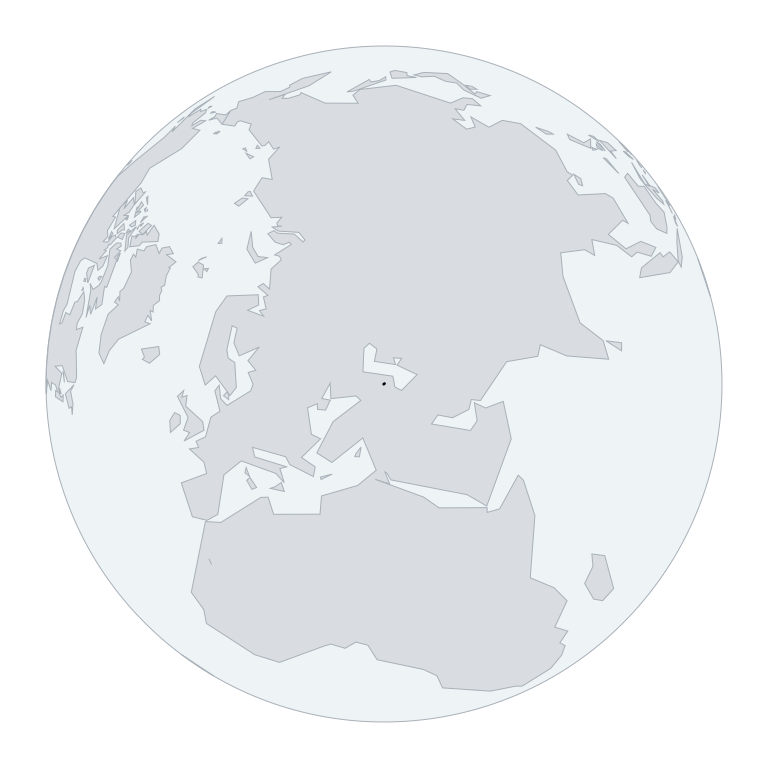 Göyçay on an orthographic globe, rotated 311°
{"feature_id": "AZE-1703", "entity_name": "Göyçay", "entity_type": "District", "adm_level": 1, "iso_a3": "AZE", "parent_name": "Azerbaijan", "parent_adm1": "", "projection": "orthographic", "projection_center": [47.787, 40.558], "detail": "fine", "context": "on_globe", "style": "filled", "palette": "ink", "viewbox_px": 768, "rotation_deg": 311, "n_neighbors": 0, "source": "natural_earth", "source_scale": "10m", "svg_char_len": 10974}
<svg xmlns="http://www.w3.org/2000/svg" viewBox="0 0 768 768"><g transform="rotate(311 384 384)"><circle cx="384" cy="384" r="338" fill="#eef3f6" stroke="#a8b0b8"/><path d="M348.5,48.0L359.3,47.1L366.2,46.7L389.8,50.0L426.3,56.4L441.8,57.4L435.3,58.7L467.5,60.9L489.9,67.5L462.0,61.0L457.3,61.2L471.2,65.5L469.3,66.8L474.9,70.0L471.4,71.4L455.4,68.4L452.8,69.5L462.8,72.7L465.6,76.7L451.3,71.8L454.7,78.6L428.6,76.8L393.1,65.6L376.0,68.8L332.5,69.4L333.9,71.8L318.3,74.7L314.0,78.9L307.2,78.6L309.7,82.3L316.8,81.9L320.2,83.5L318.4,86.2L309.3,86.0L308.9,84.7L305.3,86.0L301.6,84.9L302.4,87.0L291.6,87.0L299.4,91.1L288.5,94.5L282.1,93.5L286.6,88.2L282.9,75.4L277.8,74.2L266.2,76.9L236.2,92.5L229.0,93.9L216.5,99.7L218.6,100.9L229.2,97.0L230.1,101.5L242.9,97.0L245.2,98.5L256.8,96.8L250.9,103.1L238.8,110.4L228.8,112.5L223.2,116.1L229.3,119.5L207.5,129.5L187.5,147.5L182.3,149.9L178.3,143.6L186.8,129.1L181.6,124.1L180.6,133.9L167.7,141.0L163.8,145.3L162.0,149.1L165.2,149.2L159.9,153.4L158.8,144.5L163.6,140.5L163.9,143.1L167.8,136.7L167.0,132.2L160.5,137.0L166.1,127.6L161.5,131.1L160.2,131.6L167.1,126.3L154.8,136.0L156.4,134.2L174.5,118.8L193.7,104.8L213.8,92.1L234.8,80.8L256.5,71.1L278.8,62.9L301.6,56.3L324.9,51.3L348.5,48.0ZM46.9,408.1L50.1,435.0L52.0,447.2L46.9,408.1ZM361.2,46.9L369.6,46.5L359.7,47.0L353.7,47.4L361.2,46.9ZM387.6,47.1L382.4,47.2L380.3,46.5L383.9,46.6L387.6,47.1ZM453.4,58.3L445.7,56.5L453.9,58.0L453.4,58.3ZM476.3,70.2L479.1,70.4L480.9,72.0L476.3,70.2ZM259.3,93.6L258.1,95.2L256.5,94.6L259.3,93.6ZM265.5,91.6L264.6,89.9L267.5,88.7L267.9,89.7L265.5,91.6ZM477.1,75.9L479.0,78.8L474.3,75.3L477.1,75.9ZM266.0,94.1L272.6,86.8L277.6,84.9L283.6,87.6L266.0,94.1ZM478.3,80.2L483.2,88.0L489.9,88.9L473.8,91.4L475.0,83.4L468.1,78.7L474.9,80.9L478.3,80.2ZM319.8,80.7L312.2,81.2L320.3,78.4L319.8,80.7ZM324.1,78.5L343.9,69.0L354.3,70.0L345.5,72.7L360.3,72.7L355.6,77.8L346.4,79.0L340.7,77.1L343.3,80.6L324.1,78.5ZM464.2,91.9L463.0,93.6L461.2,91.3L464.2,91.9ZM322.3,84.0L325.3,81.8L334.5,82.4L330.0,87.1L328.5,85.3L322.3,84.0ZM366.5,70.4L372.5,72.0L370.3,76.5L372.4,77.9L356.4,78.0L366.5,70.4ZM325.5,86.5L327.5,89.5L321.5,91.8L319.9,86.3L325.5,86.5ZM338.8,80.7L342.9,81.3L339.2,82.4L338.8,80.7ZM301.3,102.4L304.8,99.1L309.9,99.1L301.3,102.4ZM328.7,90.5L330.7,89.8L333.1,89.5L333.2,92.0L328.7,90.5ZM356.0,81.4L353.8,83.1L362.4,81.5L361.2,85.2L350.7,84.8L354.7,86.5L354.3,87.7L346.2,86.2L356.0,81.4ZM340.4,93.9L326.7,95.4L319.1,101.1L314.4,101.2L327.4,92.0L340.4,93.9ZM344.5,89.4L340.9,92.1L336.9,90.6L336.8,87.8L344.5,89.4ZM364.1,88.0L368.7,82.4L370.8,82.7L364.1,88.0ZM339.0,95.8L342.4,95.5L339.0,96.4L339.0,95.8ZM357.3,90.6L358.6,88.5L361.0,88.9L357.3,90.6ZM347.9,96.8L343.5,97.1L343.3,95.1L347.9,96.8ZM352.9,94.2L355.8,95.3L345.9,94.2L353.1,93.1L352.9,94.2ZM359.3,91.4L361.1,90.9L358.4,92.2L359.3,91.4ZM351.1,104.6L338.7,103.7L338.4,99.0L350.5,100.5L351.1,104.6ZM94.9,464.1L86.8,407.1L95.5,396.0L100.4,375.2L163.0,339.5L172.5,351.7L217.6,365.4L222.6,370.8L213.2,386.2L243.8,421.1L258.5,410.3L290.2,430.7L313.8,434.7L329.4,403.4L290.6,396.2L287.9,378.5L322.1,370.3L356.5,377.3L356.6,370.7L338.1,353.5L349.4,342.8L332.2,346.6L336.6,354.1L325.9,357.0L321.2,350.4L325.4,346.6L315.9,341.9L298.4,362.2L301.1,372.1L274.4,369.9L276.3,386.4L267.8,391.5L261.4,365.7L264.6,357.6L249.9,326.3L244.1,334.3L257.6,364.8L251.9,360.9L244.1,373.4L245.5,360.9L232.3,326.7L210.4,322.8L176.6,344.1L165.0,339.9L158.1,326.5L176.4,295.9L200.1,308.9L206.9,299.4L207.3,279.7L214.5,285.8L217.5,279.7L227.0,284.0L245.4,275.1L255.8,278.1L267.9,260.8L274.9,260.4L265.7,270.5L264.9,279.6L291.3,287.9L297.9,285.4L303.6,273.9L310.2,278.2L312.4,266.0L330.0,265.6L310.3,256.3L316.6,243.7L329.8,236.6L328.4,231.1L306.8,242.9L301.3,249.4L302.3,257.3L284.4,274.9L274.3,275.3L279.7,251.5L265.9,249.8L276.1,233.1L328.2,209.6L347.4,207.7L368.8,230.5L361.5,237.6L350.2,232.7L356.2,248.7L357.8,241.8L363.3,245.8L370.6,235.9L374.8,238.3L374.7,225.1L380.6,226.9L380.6,235.3L396.6,223.4L410.3,225.0L411.9,221.3L409.7,216.8L428.6,222.5L428.9,219.5L422.9,216.4L419.6,208.8L421.2,197.8L427.6,200.3L427.9,204.6L438.3,218.0L438.1,229.8L440.9,229.8L442.6,220.3L430.0,203.8L429.1,196.6L436.2,203.4L433.5,200.3L435.1,197.5L442.7,197.4L435.4,189.7L444.1,159.0L459.7,156.6L465.0,165.5L477.9,149.4L494.5,149.8L488.8,146.7L491.2,138.0L486.1,137.7L483.5,135.7L487.3,115.4L493.1,113.3L488.4,102.8L485.5,101.4L480.8,102.2L473.8,91.4L489.9,88.9L495.6,92.0L501.7,89.1L514.0,96.9L526.9,102.6L536.8,114.0L546.2,118.2L547.5,116.7L561.2,122.0L585.0,139.4L560.0,131.8L523.2,110.7L537.7,119.4L532.7,119.7L536.8,124.4L547.2,130.9L549.5,130.2L557.3,155.2L578.9,180.3L581.6,171.1L590.5,172.6L617.4,197.2L639.6,249.9L651.8,255.8L657.3,263.6L657.4,274.5L649.4,263.2L643.0,264.7L638.4,257.1L635.9,272.0L629.2,261.9L630.5,279.2L637.8,284.3L642.6,274.3L646.6,294.7L660.6,300.3L670.1,316.3L673.1,360.1L664.3,383.2L665.4,389.4L657.9,388.8L654.0,406.5L673.0,426.2L674.6,435.0L665.4,462.8L664.1,456.7L644.1,455.1L644.8,478.0L660.1,484.2L665.5,499.6L655.7,501.9L649.7,488.6L642.5,487.5L641.3,468.7L629.4,446.1L619.2,458.7L617.0,447.3L599.0,431.3L582.7,448.4L558.8,491.8L560.5,521.0L550.1,537.3L525.1,503.5L516.2,476.2L505.8,481.9L481.3,461.9L434.8,467.6L429.5,460.1L420.5,464.8L403.5,457.8L395.9,444.9L385.0,446.1L405.6,479.7L417.4,478.4L429.1,464.5L432.5,476.4L449.1,485.4L426.1,516.0L359.3,541.6L355.0,519.4L316.1,452.0L318.6,444.9L318.5,444.0L318.2,442.4L312.3,453.8L306.3,440.0L324.6,487.9L326.7,506.9L358.3,542.9L354.8,546.1L365.6,553.2L403.2,545.1L402.9,552.2L383.7,584.2L333.7,621.5L341.8,646.1L340.5,664.4L312.5,672.4L318.1,684.8L304.1,686.5L305.4,692.3L295.9,695.9L279.0,696.4L246.7,686.5L242.1,681.4L222.0,665.8L193.1,627.6L198.5,615.4L194.5,601.2L171.4,559.7L176.3,543.1L170.8,532.1L159.0,528.0L152.9,514.5L146.1,510.2L105.4,487.8L94.9,464.1ZM137.3,366.5L134.6,372.3L137.3,366.5ZM390.6,401.5L412.8,402.8L406.8,381.5L414.9,380.5L409.9,373.9L406.3,380.0L394.8,361.9L405.8,355.7L405.2,346.3L397.7,345.5L379.4,360.1L395.7,385.6L388.9,394.2L390.6,401.5ZM167.8,141.5L167.7,142.4L164.9,146.7L164.2,145.5L167.8,141.5ZM164.7,162.5L156.2,168.9L161.8,163.2L159.1,162.3L167.6,149.9L180.2,150.5L173.0,152.2L164.7,162.5ZM182.4,134.6L175.6,141.7L182.5,133.9L182.4,134.6ZM225.1,244.8L226.6,250.7L220.4,256.3L207.3,254.6L216.0,246.2L225.1,244.8ZM230.2,258.1L239.2,236.2L247.7,237.1L241.4,240.1L246.1,242.9L237.2,248.8L236.6,271.9L231.1,278.5L209.8,270.5L219.8,269.1L217.7,263.0L230.2,258.1ZM247.2,185.6L251.2,178.0L264.5,189.4L259.2,195.3L245.8,193.4L244.1,185.4L247.2,185.6ZM275.3,101.0L276.0,98.7L278.5,98.6L280.0,100.4L275.3,101.0ZM302.5,100.9L275.0,111.3L274.3,109.1L258.9,118.9L251.3,117.0L261.5,110.5L244.1,116.9L250.3,110.3L238.7,115.5L262.3,101.3L267.1,96.2L264.6,102.4L271.5,104.2L275.9,103.5L292.1,97.9L306.0,88.7L315.0,89.7L317.7,92.9L315.8,95.2L310.5,93.7L311.7,97.9L302.6,97.6L302.5,100.9ZM344.2,139.5L338.9,135.0L339.7,146.9L330.6,145.2L331.3,146.7L323.1,148.6L314.3,153.8L310.8,152.1L308.9,154.9L303.5,156.5L299.7,159.9L292.0,158.3L286.8,162.5L286.1,159.3L279.2,167.2L280.9,160.7L274.0,162.7L276.0,167.9L243.8,154.3L228.9,154.8L215.6,159.2L220.4,148.5L235.9,138.0L255.7,130.0L269.4,131.5L269.0,126.8L275.5,126.3L273.0,130.2L280.6,124.0L285.3,124.8L302.9,119.9L311.0,111.4L317.7,109.7L316.8,113.5L324.0,109.3L327.0,115.5L331.8,114.7L339.5,120.3L335.0,128.7L340.8,127.2L346.9,131.9L344.2,139.5ZM353.0,106.3L349.7,115.9L343.2,119.9L332.5,108.5L327.7,108.5L320.7,102.1L330.4,96.6L331.5,98.9L334.8,99.8L330.5,101.1L336.5,100.8L338.2,104.0L343.3,104.8L340.9,107.6L353.0,106.3ZM230.7,366.7L235.0,369.2L242.3,371.1L237.5,379.3L230.7,366.7ZM221.2,343.6L225.5,344.1L222.3,355.8L217.9,353.5L221.2,343.6ZM230.5,334.8L226.0,343.2L225.8,337.3L230.5,334.8ZM269.9,270.5L274.8,270.7L274.3,273.7L270.3,277.1L269.9,270.5ZM344.7,177.2L342.7,173.3L344.8,172.2L347.2,162.8L354.1,163.7L355.4,169.8L344.7,177.2ZM321.3,408.1L312.9,413.2L310.0,409.6L313.4,408.5L321.3,408.1ZM272.0,397.1L282.0,404.0L270.6,399.2L272.0,397.1ZM352.6,176.6L352.8,172.5L356.1,175.6L352.6,176.6ZM359.3,164.0L363.7,166.7L355.2,162.8L359.3,164.0ZM399.3,663.2L380.3,691.5L364.0,691.2L359.2,683.4L365.1,666.3L383.5,661.3L392.1,652.4L399.3,663.2ZM699.4,496.5L702.3,491.8L701.9,493.1L699.4,496.5ZM696.7,498.6L700.5,492.4L695.5,502.2L696.7,498.6ZM701.8,489.9L705.6,480.9L707.3,476.0L706.6,478.9L701.8,489.9ZM693.8,503.1L675.4,525.9L667.2,531.6L669.9,525.3L683.1,512.1L693.8,503.1ZM669.2,525.9L655.7,526.7L632.0,507.2L640.6,502.1L664.3,506.2L663.0,511.2L671.2,512.9L669.2,525.9ZM698.9,470.2L697.3,482.8L687.9,494.8L683.2,498.7L680.0,488.1L681.8,478.5L685.9,474.1L697.9,430.0L702.8,429.6L700.1,446.2L703.9,450.7L698.9,470.2ZM562.2,523.1L571.0,536.3L564.9,541.5L562.2,523.1ZM699.8,404.1L696.9,423.2L698.6,400.9L699.8,404.1ZM699.0,385.5L700.6,390.8L697.5,388.3L699.0,385.5ZM668.1,397.7L663.9,403.9L662.4,399.9L666.8,389.6L668.1,397.7ZM677.3,330.0L682.5,342.5L683.6,347.7L679.1,342.6L677.3,330.0ZM412.0,183.7L401.0,195.2L397.6,205.3L402.9,213.2L390.7,207.5L395.9,192.0L412.0,183.7ZM439.5,161.5L434.7,155.4L439.8,155.3L441.6,156.7L439.5,161.5ZM434.5,159.8L422.9,157.7L422.3,152.6L431.5,155.1L434.5,159.8ZM387.6,166.1L383.8,169.3L381.2,166.6L387.6,166.1ZM664.0,573.1L669.1,564.9L684.5,538.5L664.0,573.1ZM706.2,483.1L711.2,466.2L712.8,460.9L706.2,483.1ZM720.2,418.0L719.9,420.8L719.8,418.8L720.8,409.6L719.2,416.0L721.1,402.1L721.1,407.1L720.2,418.0ZM715.5,439.1L715.1,442.5L714.3,443.1L715.5,439.1ZM716.7,433.5L718.7,427.8L716.3,436.9L716.7,433.5ZM706.1,449.4L707.3,454.0L711.2,441.6L708.2,454.1L709.9,460.2L708.6,466.4L707.1,459.3L705.0,474.0L703.2,477.2L703.1,468.1L705.4,451.1L707.2,442.0L713.7,425.4L706.1,449.4ZM717.1,425.0L716.3,419.1L716.7,411.8L717.6,413.7L717.1,425.0ZM712.5,406.0L708.6,402.3L706.5,411.5L709.3,386.9L712.8,394.4L712.5,406.0ZM706.9,389.8L705.1,398.2L706.0,385.1L706.9,389.8ZM703.8,396.3L702.0,390.0L704.2,387.0L703.8,396.3ZM708.1,387.4L706.0,374.9L708.4,379.7L708.1,387.4ZM697.1,376.5L704.5,379.1L697.5,385.4L690.3,363.7L692.8,358.5L697.1,376.5ZM667.4,260.7L662.9,255.6L663.2,249.9L666.2,254.9L667.4,260.7ZM660.1,228.5L661.9,246.8L662.6,262.5L665.5,262.2L671.3,274.9L663.4,269.8L658.2,251.3L658.8,241.4L652.7,231.6L649.4,220.2L640.5,210.9L637.1,204.0L645.3,209.6L660.1,228.5ZM636.6,207.4L620.0,189.5L623.4,183.8L627.8,186.5L634.0,196.9L631.9,199.2L636.6,207.4ZM617.0,183.7L614.7,186.0L585.5,169.2L580.2,164.5L604.2,173.1L603.4,175.9L609.9,181.4L617.0,183.7ZM466.7,94.5L463.4,93.7L466.2,93.0L466.7,94.5ZM480.6,135.7L477.7,132.8L481.1,131.8L480.6,135.7ZM471.3,124.5L469.6,127.7L468.8,123.2L471.3,124.5ZM466.0,135.2L467.6,128.4L470.0,136.5L466.0,135.2Z" fill="#d9dde1" stroke="#a8b0b8" stroke-width="1"/><path d="M385.1,384.3L385.1,384.6L384.9,384.7L384.7,384.7L384.3,384.6L384.2,384.5L384.0,384.4L383.9,384.5L383.7,384.5L383.6,384.4L383.4,384.3L383.2,384.3L383.1,384.2L383.2,383.8L383.2,383.7L383.3,383.4L383.6,383.4L383.8,383.3L384.1,383.4L384.3,383.4L384.5,383.5L385.0,383.6L385.2,383.8L385.1,384.0L385.1,384.3Z" fill="#0f172a" stroke="#020617" stroke-width="1.5"/></g></svg>